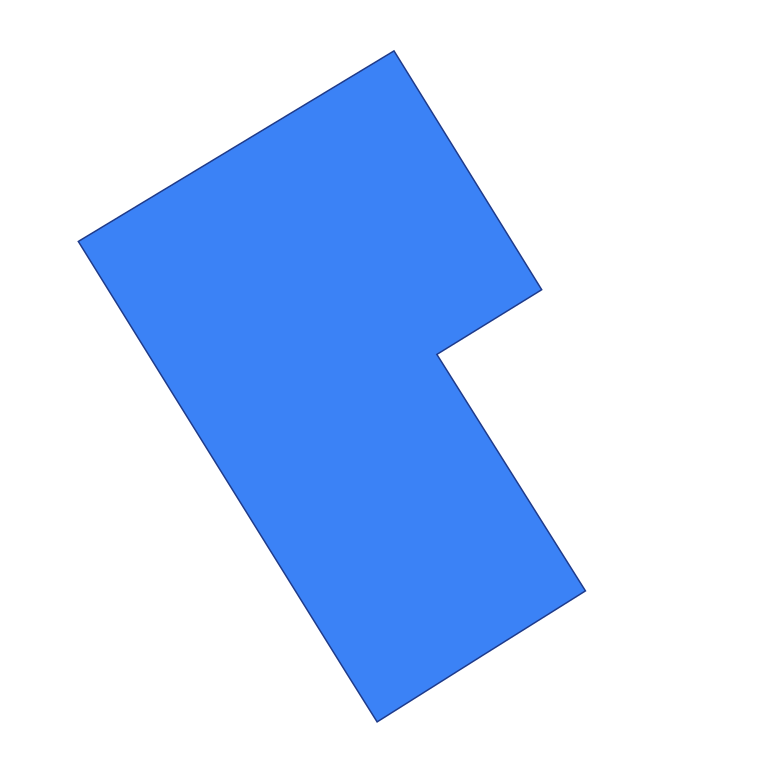 outline of Menominee, Wisconsin, United States of America, rotated 238°
{"feature_id": "52423323B25535404345073", "entity_name": "Menominee", "entity_type": "district", "adm_level": 2, "iso_a3": "USA", "parent_name": "United States of America", "parent_adm1": "Wisconsin", "projection": "robinson", "projection_center": [-88.76, 44.987], "detail": "fine", "context": "isolated", "style": "filled", "palette": "blue", "viewbox_px": 768, "rotation_deg": 238, "n_neighbors": 0, "source": "geoboundaries", "source_scale": "gbopen_adm2", "svg_char_len": 291}
<svg xmlns="http://www.w3.org/2000/svg" viewBox="0 0 768 768"><g transform="rotate(238 384 384)"><path d="M488.2,199.7L159.7,199.0L101.1,199.1L101.6,323.5L101.8,445.2L381.1,444.5L380.4,567.7L661.2,569.0L666.9,200.3L488.2,199.7Z" fill="#3b82f6" stroke="#1e3a8a" stroke-width="1.5"/></g></svg>